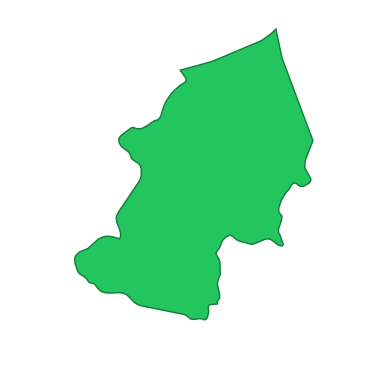 the border of Nakhon Nayok, rotated 160°
{"feature_id": "THA-409", "entity_name": "Nakhon Nayok", "entity_type": "Province", "adm_level": 1, "iso_a3": "THA", "parent_name": "Thailand", "parent_adm1": "", "projection": "albers", "projection_center": [101.238, 14.229], "detail": "fine", "context": "isolated", "style": "filled", "palette": "green", "viewbox_px": 384, "rotation_deg": 160, "n_neighbors": 0, "source": "natural_earth", "source_scale": "10m", "svg_char_len": 2523}
<svg xmlns="http://www.w3.org/2000/svg" viewBox="0 0 384 384"><g transform="rotate(160 192 192)"><path d="M172.2,138.5L174.4,138.3L177.2,137.4L179.0,136.5L180.9,135.0L185.4,130.0L187.5,128.5L189.3,127.5L190.3,126.4L190.6,124.7L189.6,119.5L189.8,116.2L193.7,104.9L196.4,101.9L198.4,99.3L199.7,96.5L201.2,85.9L202.4,82.8L205.5,80.8L206.4,78.1L214.2,80.1L215.3,79.2L216.3,77.9L216.8,75.5L217.6,73.0L220.6,68.7L222.6,67.6L224.1,67.6L224.7,68.4L225.1,68.8L228.2,70.4L233.1,71.5L235.6,72.5L237.2,73.6L238.5,76.4L239.4,77.6L241.4,79.7L279.7,103.1L282.3,105.7L284.1,108.3L287.2,115.3L288.8,118.0L289.7,119.2L292.1,120.9L293.4,121.7L296.4,122.9L302.9,124.8L307.4,126.7L309.9,128.4L311.0,129.4L311.8,130.6L312.6,131.9L313.3,133.4L314.8,138.2L315.4,139.4L316.6,140.3L318.0,140.9L319.2,141.8L319.9,143.0L320.7,146.3L321.3,147.8L325.6,153.7L326.3,155.2L326.5,156.9L326.3,164.7L325.9,166.5L324.9,169.6L323.7,171.2L321.9,172.6L318.1,174.1L315.6,174.3L311.7,174.3L309.9,174.5L308.2,174.9L296.5,179.6L292.9,180.1L291.1,180.2L289.2,180.0L285.8,179.1L281.7,176.9L277.1,173.4L275.8,173.3L274.3,174.4L273.2,177.9L272.8,181.8L273.0,188.5L272.8,190.3L271.9,193.9L270.4,195.9L268.1,198.2L237.4,220.5L235.5,222.7L233.9,225.2L231.9,230.5L231.7,233.3L231.8,235.5L233.2,238.1L236.8,242.9L237.4,244.2L237.4,245.9L237.2,247.6L237.3,249.4L237.7,250.8L242.5,258.5L243.0,260.0L243.3,261.6L243.5,263.2L243.4,264.7L243.2,265.7L242.6,266.9L241.1,268.3L238.8,269.6L227.7,272.9L226.1,273.0L224.8,272.5L223.3,271.2L222.4,270.4L221.2,269.9L219.7,269.3L217.9,269.0L216.3,268.9L210.8,269.7L206.0,271.2L202.9,271.8L199.4,271.5L197.0,272.6L194.6,275.0L189.8,281.6L185.9,285.6L179.3,290.6L173.9,293.5L166.5,296.3L160.0,297.8L159.2,299.2L158.7,300.2L161.4,310.5L128.3,307.8L74.8,310.5L62.9,313.9L57.5,316.4L61.6,286.7L60.8,198.9L75.3,182.3L75.7,180.9L77.0,178.2L77.5,176.7L77.8,175.3L76.0,165.2L75.9,163.6L76.8,161.8L78.7,160.5L83.2,159.4L85.8,159.4L87.8,160.0L88.9,161.0L89.8,162.1L90.5,163.5L91.3,164.7L92.6,165.5L94.2,165.5L96.5,164.4L99.7,161.4L104.0,159.3L110.9,153.6L115.7,147.7L116.9,144.7L117.2,142.4L116.4,141.0L116.0,139.6L116.0,138.1L117.1,135.8L119.0,133.0L123.0,128.2L124.2,125.4L124.5,123.2L124.0,121.6L124.0,119.8L124.2,116.2L124.0,112.8L124.4,111.3L125.4,110.6L127.7,111.4L129.0,112.6L130.0,113.9L133.1,119.1L135.3,121.2L136.6,121.9L138.2,122.4L140.1,122.6L151.4,122.0L153.1,122.3L154.6,122.9L164.4,129.8L165.4,130.8L166.3,131.9L167.2,133.2L168.5,135.8L169.4,137.1L170.6,138.1L172.2,138.5Z" fill="#22c55e" stroke="#15803d" stroke-width="1.5"/></g></svg>